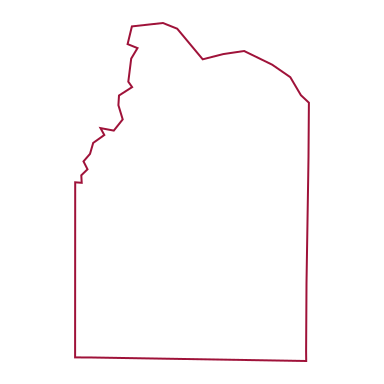 outline of Lawrence, Alabama, United States of America
{"feature_id": "52423323B9408482102272", "entity_name": "Lawrence", "entity_type": "district", "adm_level": 2, "iso_a3": "USA", "parent_name": "United States of America", "parent_adm1": "Alabama", "projection": "mercator", "projection_center": [-87.362, 34.552], "detail": "fine", "context": "isolated", "style": "outline", "palette": "rose", "viewbox_px": 384, "rotation_deg": 0, "n_neighbors": 0, "source": "geoboundaries", "source_scale": "gbopen_adm2", "svg_char_len": 534}
<svg xmlns="http://www.w3.org/2000/svg" viewBox="0 0 384 384"><path d="M75.1,357.4L92.5,357.5L306.2,361.0L306.1,351.3L306.5,283.3L308.2,177.4L308.5,156.5L308.9,102.7L300.9,95.2L290.3,77.2L272.2,64.7L244.1,51.0L223.2,54.1L202.7,59.3L177.2,28.7L162.9,23.0L131.9,26.4L127.6,44.1L137.5,48.1L131.2,58.6L128.3,81.7L132.1,87.1L119.0,95.5L118.4,105.2L122.7,119.4L113.8,130.6L100.5,128.1L104.3,135.0L93.2,142.9L90.0,153.9L83.5,161.4L87.5,169.3L81.3,175.3L81.7,182.8L75.2,182.3L75.1,357.4Z" fill="none" stroke="#9f1239" stroke-width="2"/></svg>